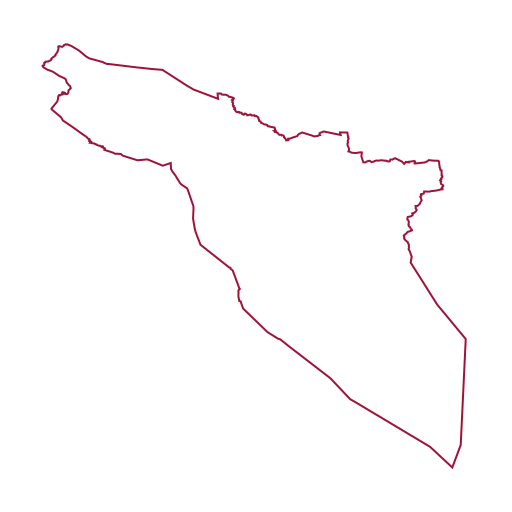 Løten nor, Hedmark, Norway (Equal Earth projection), rotated 178°
{"feature_id": "86288312B76423456121539", "entity_name": "Løten nor", "entity_type": "district", "adm_level": 2, "iso_a3": "NOR", "parent_name": "Norway", "parent_adm1": "Hedmark", "projection": "equal_earth", "projection_center": [11.462, 60.865], "detail": "fine", "context": "isolated", "style": "outline", "palette": "rose", "viewbox_px": 512, "rotation_deg": 178, "n_neighbors": 0, "source": "geoboundaries", "source_scale": "gbopen_adm2", "svg_char_len": 6037}
<svg xmlns="http://www.w3.org/2000/svg" viewBox="0 0 512 512"><g transform="rotate(178 256 256)"><path d="M163.4,107.5L88.7,59.2L67.2,37.8L58.0,60.0L49.3,165.7L76.6,201.1L101.6,243.9L101.7,244.2L101.2,245.6L101.3,246.4L100.8,247.3L100.8,248.7L100.4,249.8L102.2,255.5L103.2,257.3L103.2,257.9L102.8,259.0L103.0,260.4L102.7,261.2L103.0,262.1L103.0,262.6L103.5,263.2L103.7,264.3L107.0,267.5L107.1,268.2L107.4,268.6L107.0,269.4L107.6,270.7L107.5,271.4L104.9,273.4L103.6,274.8L101.6,275.3L99.2,276.2L99.3,276.6L99.6,277.1L100.5,278.1L100.9,279.3L101.2,279.7L102.0,280.1L102.4,280.9L102.5,282.0L102.3,282.3L102.5,282.6L102.0,284.5L102.6,286.5L103.3,287.0L103.5,287.5L103.3,288.7L103.0,289.7L99.6,290.3L98.1,291.4L97.9,291.6L98.4,293.1L96.6,293.5L94.7,295.0L94.0,295.8L93.9,296.9L94.8,297.8L94.7,299.1L94.5,299.7L94.7,300.4L93.5,300.3L92.0,301.0L90.6,302.4L89.5,304.4L88.5,305.8L89.3,308.7L89.6,309.0L89.7,309.7L88.9,310.2L88.6,310.7L89.0,311.3L89.0,312.0L86.4,312.5L85.9,313.2L85.7,314.6L80.6,314.3L78.6,314.7L73.6,315.1L69.2,316.0L66.4,316.2L67.3,316.5L68.2,317.2L67.9,318.0L67.2,318.4L66.3,319.6L66.5,320.1L68.5,321.5L68.9,323.3L68.3,324.2L69.4,325.2L69.0,325.7L68.1,326.1L68.0,326.5L68.3,327.2L67.1,328.2L66.9,328.6L67.4,329.2L67.3,330.0L67.7,330.2L67.5,335.0L68.6,335.2L68.8,336.8L69.4,338.2L69.3,339.3L69.6,340.3L69.7,343.1L70.1,344.5L70.3,344.8L75.2,345.1L80.0,345.8L81.6,344.6L84.1,343.6L93.8,342.9L95.1,343.0L94.1,343.3L93.7,343.8L93.7,344.3L94.2,345.4L100.4,344.8L100.3,344.2L103.1,344.8L103.8,343.8L104.7,342.9L106.9,345.3L113.6,348.9L114.1,348.5L115.0,348.4L116.1,347.6L118.3,347.7L118.9,346.7L119.0,346.0L119.7,345.8L122.0,346.2L122.1,346.6L122.4,346.6L127.8,347.4L129.7,347.0L132.3,347.2L134.1,346.8L134.9,346.2L136.2,346.1L137.2,345.8L139.0,347.1L139.5,347.2L141.2,346.8L142.3,346.5L143.1,345.8L144.4,345.7L145.5,345.9L147.2,351.9L146.6,355.8L148.0,356.0L152.8,355.4L156.8,355.9L158.9,357.1L160.0,357.3L159.4,358.7L159.4,360.5L160.6,363.3L160.7,365.2L160.0,366.3L160.3,367.0L160.2,368.3L159.3,370.2L159.6,371.4L159.8,371.4L159.7,371.9L159.9,371.9L160.4,376.2L167.7,376.6L167.7,375.8L167.2,374.0L184.0,378.1L188.2,376.5L188.3,375.2L187.9,374.6L188.8,374.5L189.8,373.9L193.2,373.5L194.2,373.7L195.8,374.4L205.4,377.8L208.6,376.6L210.1,375.3L210.4,374.6L210.7,374.3L215.0,373.2L216.9,372.5L218.5,372.1L219.8,372.1L219.8,371.5L219.5,370.8L219.7,370.6L221.8,370.5L222.0,371.3L222.4,371.8L222.6,372.5L223.4,373.0L223.9,373.7L223.8,374.6L224.4,375.4L225.1,375.7L226.0,375.6L226.1,376.0L226.7,376.3L228.3,376.3L229.0,376.7L229.9,378.1L231.5,379.0L231.5,379.5L232.9,379.4L233.0,380.2L233.3,380.4L232.2,380.6L232.1,380.8L232.6,381.7L232.6,382.4L232.7,382.9L233.0,383.4L232.9,383.6L233.0,383.7L236.1,384.4L237.5,384.7L237.9,385.1L239.4,385.1L240.1,385.8L240.0,386.3L240.3,386.6L241.8,387.1L243.0,387.1L244.8,388.3L246.2,388.8L246.2,389.2L246.7,389.7L246.8,390.3L247.9,390.7L248.2,391.0L248.3,392.2L248.8,393.1L248.6,393.7L249.0,394.2L249.0,394.6L249.6,394.9L250.6,395.8L251.5,395.8L252.5,396.0L252.7,396.3L252.7,396.7L252.9,396.7L254.3,396.6L255.6,396.6L256.3,397.5L256.7,397.7L258.6,397.0L259.8,396.9L260.2,397.8L262.1,398.8L263.0,398.3L263.1,397.7L263.4,397.6L264.8,398.3L265.1,398.6L265.2,399.3L265.8,399.8L267.5,399.7L267.6,399.9L267.5,400.3L267.8,400.5L268.9,400.6L269.5,400.3L270.4,400.6L271.7,402.1L271.7,403.2L272.6,403.6L271.9,404.7L272.2,405.2L272.7,405.3L273.5,406.1L273.6,406.4L273.2,406.9L273.7,407.1L273.9,407.6L274.0,408.1L273.5,409.3L273.7,409.8L274.4,410.5L274.4,410.8L274.0,411.1L274.0,411.7L273.7,412.2L274.6,412.8L274.4,413.0L273.2,413.6L272.6,414.2L272.7,414.5L273.4,415.0L275.2,415.6L277.7,416.2L278.0,416.8L278.7,417.4L280.8,418.3L283.3,418.3L284.6,418.7L285.3,419.6L288.4,419.7L288.7,419.7L288.6,418.5L288.7,417.1L288.4,414.4L312.7,424.6L319.6,429.0L343.0,445.3L352.6,446.4L368.9,448.7L396.3,453.0L398.1,453.1L401.4,454.5L401.6,454.8L402.5,455.2L415.9,459.4L418.8,461.3L425.6,467.4L433.1,472.3L437.2,474.1L437.7,473.8L439.1,474.2L440.0,473.5L440.5,473.5L440.8,472.8L442.4,471.8L443.3,471.9L444.1,472.3L445.2,472.5L446.2,472.4L446.4,471.9L446.0,470.9L446.5,469.0L447.1,467.7L447.3,466.8L449.5,464.1L449.4,463.5L449.5,463.4L453.4,460.6L453.6,460.4L453.5,459.7L454.2,458.9L456.8,457.7L458.5,457.5L459.6,457.6L460.1,457.0L460.2,456.5L461.0,456.3L460.8,454.9L461.0,454.3L461.4,453.9L462.4,453.8L462.7,453.5L462.4,452.7L461.9,452.1L461.1,451.4L457.8,449.4L455.2,448.4L452.3,447.1L446.5,442.9L441.5,440.4L440.4,439.7L439.6,438.4L439.6,437.6L439.3,436.8L439.1,435.8L438.3,435.1L437.0,433.1L436.2,432.7L435.7,432.1L435.6,431.1L435.2,430.3L435.4,429.9L436.3,429.3L436.6,428.8L437.4,428.3L437.4,428.0L437.7,427.7L437.7,426.7L438.3,425.0L438.6,424.8L439.4,424.5L441.0,424.4L441.2,424.8L441.0,425.4L441.1,425.6L442.2,426.2L443.7,426.5L444.1,425.6L443.3,424.9L443.4,424.3L446.8,423.7L446.6,423.3L447.4,423.2L448.0,422.7L448.4,419.9L449.3,417.2L454.9,410.9L455.3,410.3L455.3,409.9L445.9,401.3L444.3,398.2L435.6,391.9L424.5,383.3L421.4,381.1L419.7,379.1L418.4,378.6L418.4,378.3L418.6,378.0L418.1,377.6L418.7,376.7L417.8,376.2L416.9,376.2L416.7,376.0L416.8,375.9L417.8,375.4L418.0,375.0L417.5,375.0L415.8,374.4L413.9,374.2L413.5,373.8L412.6,373.5L412.5,373.2L411.3,373.0L410.9,372.4L410.0,372.0L408.1,371.6L407.5,371.0L406.2,371.1L405.2,370.9L405.0,370.4L405.6,369.9L404.0,369.0L403.5,369.0L403.3,368.5L403.8,368.0L403.8,367.6L403.4,367.7L403.1,367.1L395.1,364.2L393.0,363.0L391.7,363.1L387.5,362.7L385.8,361.1L384.8,360.6L371.1,355.8L362.1,356.3L360.8,356.2L346.0,349.5L338.0,351.9L337.9,346.0L336.7,343.5L333.6,339.1L332.0,336.1L330.7,334.1L330.0,332.5L328.5,330.4L322.4,325.9L321.4,323.0L316.8,307.9L316.8,305.5L317.6,295.5L316.2,285.1L315.5,282.1L311.1,269.2L283.1,245.4L282.0,245.1L281.9,244.2L279.8,242.4L273.8,224.3L273.4,223.8L273.8,223.6L273.8,223.3L274.3,222.9L274.9,221.5L274.7,221.0L275.0,216.1L274.5,213.2L274.2,212.4L274.4,211.9L274.3,211.6L273.0,211.2L270.7,203.9L248.0,180.4L246.5,179.1L237.1,172.7L234.7,171.9L227.2,165.4L185.8,131.1L166.9,109.6L163.4,107.5Z" fill="none" stroke="#9f1239" stroke-width="2"/></g></svg>